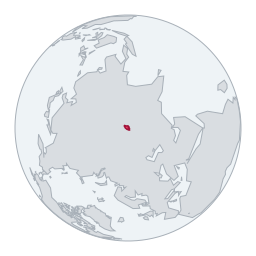 globe centered on Ysyk-Köl, rotated 215°
{"feature_id": "KGZ-1117", "entity_name": "Ysyk-Köl", "entity_type": "Region", "adm_level": 1, "iso_a3": "KGZ", "parent_name": "Kyrgyzstan", "parent_adm1": "", "projection": "orthographic", "projection_center": [77.293, 42.048], "detail": "fine", "context": "on_globe", "style": "filled", "palette": "rose", "viewbox_px": 256, "rotation_deg": 215, "n_neighbors": 0, "source": "natural_earth", "source_scale": "10m", "svg_char_len": 11668}
<svg xmlns="http://www.w3.org/2000/svg" viewBox="0 0 256 256"><g transform="rotate(215 128 128)"><circle cx="128" cy="128" r="113" fill="#eef3f6" stroke="#a8b0b8"/><path d="M157.3,19.2L156.1,19.0L154.1,18.4L153.4,18.4L155.9,19.3L157.8,19.9L159.0,23.0L166.4,28.7L171.6,30.8L168.2,30.3L180.1,34.9L185.9,39.4L177.5,34.2L175.2,33.7L178.3,36.5L176.7,36.6L177.3,38.1L175.0,38.1L170.3,35.3L168.7,35.3L171.0,37.4L170.2,38.8L167.1,35.8L165.4,38.1L157.1,34.5L150.6,27.4L144.2,26.4L132.7,21.9L131.9,22.8L127.1,22.0L124.4,22.7L123.0,21.9L122.1,23.2L123.8,23.8L124.0,24.6L122.6,25.2L120.6,24.2L121.0,23.8L119.7,23.8L119.3,23.1L118.7,23.8L116.4,22.7L116.6,24.7L113.0,24.5L112.1,23.6L114.9,22.5L119.9,18.6L119.9,17.8L116.9,17.5L105.5,19.0L104.3,18.7L100.7,19.2L100.0,19.7L102.7,19.6L100.6,20.9L104.1,20.8L103.8,21.4L106.2,22.1L102.8,23.3L98.2,24.2L96.0,23.9L93.9,24.4L93.6,25.9L87.1,26.8L78.8,30.2L77.4,30.4L79.2,28.2L85.3,24.8L87.6,23.0L83.1,25.6L79.8,26.6L78.0,27.5L76.4,28.4L76.4,28.7L74.7,29.5L78.5,26.9L80.1,26.2L78.9,26.9L81.8,25.4L84.2,24.2L92.0,21.3L99.9,18.9L108.0,17.1L116.2,16.0L124.5,15.4L132.7,15.5L141.0,16.1L149.2,17.4L157.3,19.2ZM158.8,20.2L156.2,19.3L154.5,18.6L156.9,19.3L158.8,20.2ZM161.8,22.1L160.0,21.6L160.9,21.3L161.6,21.7L161.8,22.1ZM175.7,32.5L173.9,31.1L176.2,32.4L175.7,32.5ZM177.7,38.4L178.8,38.8L178.6,39.4L177.7,38.4ZM107.9,21.4L107.1,21.7L107.0,21.4L107.9,21.4ZM109.8,21.4L110.3,20.9L111.3,20.8L110.9,21.1L109.8,21.4ZM175.0,40.0L174.5,41.0L174.2,39.5L175.0,40.0ZM108.8,22.2L112.9,20.8L114.6,20.7L114.6,22.1L108.8,22.2ZM173.6,41.3L172.3,44.1L174.5,45.2L167.4,44.0L170.9,41.8L170.3,39.7L171.9,41.1L173.6,41.3ZM125.0,23.8L123.1,23.2L126.0,23.2L125.0,23.8ZM126.8,23.6L135.6,23.0L137.8,24.4L134.4,24.2L138.2,25.8L135.0,26.7L132.1,26.1L131.4,25.0L130.7,26.2L126.8,23.6ZM163.8,43.0L162.7,43.3L162.9,42.5L163.8,43.0ZM124.3,25.0L125.9,24.7L127.9,25.8L125.1,26.7L125.3,26.0L124.3,25.0ZM140.8,25.8L141.8,26.9L139.5,28.0L139.5,28.6L135.1,26.9L140.8,25.8ZM124.2,26.1L123.6,27.1L121.4,27.2L122.9,25.4L124.2,26.1ZM129.6,25.8L130.4,26.4L129.0,26.3L129.6,25.8ZM113.2,28.1L115.0,27.6L116.2,28.1L113.2,28.1ZM123.6,27.5L124.3,27.5L125.0,27.7L124.2,28.4L123.6,27.5ZM133.7,27.8L132.6,28.1L135.4,28.5L133.8,29.5L131.1,28.2L131.6,29.2L131.1,29.5L129.5,28.1L133.7,27.8ZM125.4,29.8L121.5,28.8L117.8,29.6L116.6,29.2L122.7,27.9L125.4,29.8ZM127.9,28.9L126.1,29.3L125.6,28.4L126.5,27.6L127.9,28.9ZM133.6,30.6L136.8,29.5L137.3,29.8L133.6,30.6ZM124.4,30.2L125.4,30.4L124.2,30.3L124.4,30.2ZM130.9,30.6L132.0,30.1L132.5,30.5L130.9,30.6ZM126.5,31.4L125.2,31.0L125.8,30.4L126.5,31.4ZM128.6,31.2L129.0,31.8L126.8,30.4L129.0,30.9L128.6,31.2ZM131.2,31.1L131.9,31.1L130.7,31.2L131.2,31.1ZM124.9,34.0L121.9,32.4L123.3,31.0L126.0,32.8L124.9,34.0ZM40.3,198.6L39.4,197.5L29.7,181.8L29.3,178.2L27.8,173.1L23.2,157.3L24.1,152.3L23.4,148.2L21.5,145.8L20.9,140.8L20.1,138.8L16.1,127.9L16.2,119.3L19.5,100.5L21.1,97.7L23.8,91.6L37.2,86.3L37.5,91.1L45.1,99.9L45.6,102.1L41.9,106.0L45.3,120.2L49.8,118.3L55.7,128.1L61.5,131.9L68.6,123.7L59.1,117.2L60.3,111.4L70.1,112.5L78.8,118.4L79.5,116.3L76.4,108.9L80.8,106.8L75.6,106.1L75.9,108.9L72.7,108.7L72.2,106.1L73.7,105.4L71.8,102.9L64.8,107.4L64.4,110.8L57.9,107.2L56.5,112.6L53.9,113.3L55.2,104.6L56.9,102.4L57.2,91.1L54.9,93.0L54.4,103.9L53.4,102.1L50.2,105.2L52.0,101.4L53.1,89.4L48.8,85.9L39.2,89.1L37.6,86.7L38.1,81.8L45.8,74.1L48.6,80.5L51.3,78.3L54.4,72.2L55.0,74.8L56.5,73.2L57.9,75.5L63.5,74.7L65.4,76.7L71.0,72.6L72.8,73.2L69.0,75.4L67.4,78.1L72.7,83.5L74.7,83.4L77.9,80.4L78.9,82.4L81.3,78.9L86.1,80.7L82.3,75.7L86.0,72.5L90.7,71.7L91.2,69.9L83.6,71.2L81.1,72.6L80.1,75.2L72.8,78.7L70.3,77.7L75.4,71.0L72.3,69.0L77.6,64.9L95.0,63.2L100.5,64.7L102.5,74.1L99.2,75.5L96.9,72.7L95.9,78.3L97.5,76.4L98.4,78.2L102.1,75.9L102.9,77.1L105.1,73.0L106.5,74.3L105.1,76.8L111.8,74.9L115.6,76.9L116.7,76.0L116.8,74.4L121.6,78.2L122.2,77.3L120.9,75.7L121.3,73.0L123.8,69.8L125.3,71.3L124.6,72.7L125.4,77.9L123.3,81.5L124.1,81.9L126.3,79.1L125.4,72.6L126.5,70.3L127.4,73.2L127.2,72.0L128.2,71.3L130.6,72.1L129.8,68.9L138.9,60.6L144.5,61.7L144.3,64.9L152.3,61.6L158.0,63.6L156.7,62.0L159.7,59.7L158.0,59.0L157.6,58.1L164.5,52.5L167.3,52.6L168.9,49.0L168.3,48.2L166.3,47.9L167.4,44.0L174.5,45.2L175.5,46.8L179.2,46.7L181.2,50.4L184.4,53.6L184.4,58.1L187.0,60.5L188.2,60.3L192.6,63.5L197.7,71.6L188.5,66.2L179.9,55.5L183.0,59.8L180.8,59.3L180.9,61.2L183.3,64.3L184.5,64.4L180.5,72.7L183.1,82.9L186.5,80.5L190.0,82.1L196.0,92.8L194.6,111.6L199.3,115.0L200.4,118.1L198.4,121.4L196.6,116.9L193.3,116.5L192.6,113.6L188.6,117.9L187.5,113.9L185.0,119.4L187.4,121.9L191.3,119.4L189.6,126.2L195.3,129.7L197.4,135.9L192.8,150.0L185.9,156.1L185.8,158.1L182.3,157.0L178.7,162.1L186.1,170.8L186.3,173.8L180.1,181.4L179.7,179.3L170.5,176.3L169.5,183.6L176.6,187.6L179.0,193.4L173.9,192.8L171.4,187.7L168.1,186.4L168.4,180.2L164.6,171.5L159.5,174.3L159.3,170.4L153.3,163.1L145.6,166.5L133.7,177.5L133.0,187.1L128.5,191.1L120.9,177.3L119.5,167.6L115.5,168.2L108.7,159.0L93.5,155.6L92.4,152.6L89.3,153.1L84.7,149.0L83.5,144.0L80.2,143.2L83.7,156.1L87.4,157.1L92.0,153.9L92.1,158.1L96.7,162.8L87.7,170.0L66.8,170.9L66.7,163.3L60.6,137.6L61.9,135.6L61.9,135.3L62.0,134.8L59.5,137.8L59.1,132.7L60.3,149.9L59.7,156.2L66.5,171.2L65.4,171.8L68.2,175.3L79.4,176.8L79.0,179.1L72.6,187.3L58.7,194.0L61.7,203.0L62.6,208.9L56.4,208.6L59.4,213.5L56.6,212.6L58.1,214.8L57.2,215.1L54.9,213.7L53.9,212.8L46.8,206.0L40.3,198.6ZM29.6,92.3L28.5,93.9L29.6,92.3ZM86.0,129.7L92.4,132.6L92.8,125.2L95.4,125.8L94.6,123.2L92.8,124.7L91.4,117.7L95.4,117.0L96.4,114.0L94.2,112.9L87.2,115.5L89.1,125.3L86.2,127.3L86.0,129.7ZM79.6,26.7L79.2,27.0L77.4,28.0L77.9,27.6L79.6,26.7ZM71.8,32.5L69.1,33.6L71.3,32.5L71.4,32.0L76.2,29.1L77.0,30.4L75.8,30.2L71.8,32.5ZM82.9,26.0L79.7,27.4L83.1,25.8L82.9,26.0ZM63.9,63.2L63.2,65.2L60.9,66.3L58.5,64.5L61.7,62.8L63.9,63.2ZM62.7,67.9L68.4,62.0L70.2,63.2L68.3,63.5L68.8,64.8L65.9,65.7L61.9,72.8L59.7,74.3L56.4,69.6L58.7,70.2L59.2,68.1L62.7,67.9ZM79.9,47.4L82.4,45.5L83.0,50.4L80.6,51.6L78.0,49.7L79.3,47.1L79.9,47.4ZM108.1,25.1L109.0,24.5L109.5,24.7L109.2,25.4L108.1,25.1ZM113.9,27.8L104.6,28.1L105.2,27.3L99.0,28.7L98.2,27.3L102.2,26.5L96.9,26.6L100.2,25.3L96.4,25.7L105.5,23.9L108.2,22.9L105.5,24.4L106.2,25.6L107.4,25.9L112.6,25.9L118.8,24.7L120.6,25.9L120.1,27.1L118.9,27.5L118.2,26.6L117.0,27.9L115.0,26.9L113.9,27.8ZM113.9,43.7L113.6,41.8L110.9,45.4L108.9,43.9L108.8,44.5L106.2,44.2L102.8,44.8L102.3,43.9L101.1,44.6L99.4,44.5L97.7,45.1L96.2,43.8L94.0,44.5L94.6,43.5L91.2,45.1L93.0,43.4L91.0,43.3L90.3,45.0L86.4,37.6L83.3,36.3L79.7,36.3L83.4,33.6L89.1,32.0L95.2,31.6L97.6,33.4L98.8,32.0L100.4,32.5L98.7,33.4L102.1,32.4L103.0,33.1L108.4,33.5L112.7,31.8L114.8,32.0L113.5,33.0L116.5,32.6L115.5,34.7L117.0,34.9L117.5,37.4L114.1,39.5L116.0,39.6L116.5,41.7L113.9,43.7ZM124.9,34.8L121.4,37.2L118.5,37.7L118.9,33.2L117.7,32.7L117.9,30.1L122.0,29.5L121.6,30.3L122.1,30.9L120.6,30.8L122.2,31.4L121.7,32.5L122.8,33.3L121.4,33.8L124.9,34.8ZM47.9,101.7L48.6,102.9L50.0,104.3L48.0,106.4L47.9,101.7ZM48.5,93.5L49.4,94.1L47.3,97.4L46.5,96.3L48.5,93.5ZM51.7,91.7L49.6,93.9L50.3,92.0L51.7,91.7ZM70.0,75.8L71.1,76.4L70.5,77.3L69.1,77.9L70.0,75.8ZM105.7,55.1L106.0,53.7L106.8,53.6L109.4,51.0L111.1,52.1L110.2,54.0L105.7,55.1ZM65.9,124.3L63.2,125.0L62.8,123.5L63.8,123.5L65.9,124.3ZM54.4,115.5L56.2,118.8L53.8,116.1L54.4,115.5ZM108.0,55.8L108.9,54.6L109.2,55.9L108.0,55.8ZM112.5,52.7L113.1,54.0L111.6,51.9L112.5,52.7ZM79.0,214.9L76.6,222.4L72.0,220.5L69.6,217.4L69.3,212.2L74.2,212.6L76.1,210.5L79.0,214.9ZM201.9,197.5L204.3,196.4L204.2,196.8L201.9,197.5ZM199.3,197.6L202.3,196.2L198.7,198.7L199.3,197.6ZM203.4,195.7L206.4,193.3L207.7,192.0L207.4,192.9L203.4,195.7ZM197.2,198.7L185.5,203.4L180.6,204.1L181.9,202.4L189.7,200.0L197.2,198.7ZM181.5,202.5L174.0,200.9L162.6,191.4L166.7,190.9L178.3,195.3L177.6,196.8L182.2,198.5L181.5,202.5ZM199.3,188.6L198.5,192.5L192.1,194.9L189.2,195.5L187.1,191.6L188.3,188.7L190.8,187.9L199.6,175.4L202.9,176.0L200.3,181.0L202.9,183.0L199.3,188.6ZM133.5,188.0L136.5,193.3L134.0,194.2L133.5,188.0ZM202.7,167.4L199.5,173.1L202.2,166.3L202.7,167.4ZM204.0,161.5L204.4,163.4L202.8,162.2L204.0,161.5ZM186.2,161.1L183.6,162.5L183.3,161.1L186.4,158.4L186.2,161.1ZM199.0,141.2L200.0,145.7L199.8,147.5L198.2,145.3L199.0,141.2ZM123.8,64.5L118.2,66.8L115.3,69.5L115.4,72.5L112.8,69.4L117.3,65.2L123.8,64.5ZM136.9,60.8L136.7,58.5L138.4,59.0L138.6,59.6L136.9,60.8ZM135.7,59.7L132.5,57.8L133.5,56.2L135.8,58.0L135.7,59.7ZM120.1,56.4L118.3,57.0L118.1,55.9L120.1,56.4ZM206.7,208.6L205.7,209.5L188.2,222.8L185.0,224.4L187.3,222.5L187.5,219.6L188.7,219.1L189.8,216.1L201.1,207.6L209.6,197.1L214.1,194.1L218.6,186.5L222.7,183.0L220.5,188.0L223.5,186.2L228.5,174.6L227.5,180.6L227.7,180.4L223.3,188.0L218.3,195.3L212.8,202.2L206.7,208.6ZM208.0,194.3L211.6,189.6L213.4,188.1L208.0,194.3ZM238.5,150.1L238.3,150.6L238.4,150.3L238.5,150.0L238.5,150.1ZM238.1,151.4L237.9,151.9L237.9,151.6L238.1,151.4ZM232.9,163.8L234.1,164.6L232.6,167.4L231.1,167.8L229.0,172.6L224.8,177.2L226.1,174.5L225.7,172.7L220.8,176.4L219.8,175.7L221.8,172.9L218.2,174.5L222.1,170.6L223.5,172.6L225.7,168.0L228.9,165.2L231.7,162.7L233.5,162.1L232.9,163.8ZM221.7,178.0L222.4,177.4L221.7,178.9L221.7,178.0ZM237.4,152.1L237.7,152.2L237.6,152.8L237.4,153.3L237.4,152.1ZM234.0,160.8L236.1,154.5L236.5,153.7L235.0,159.2L234.0,160.8ZM235.8,153.6L236.6,152.3L236.9,153.0L236.7,153.7L235.8,153.6ZM213.8,181.3L213.6,182.3L212.5,182.4L213.8,181.3ZM215.2,179.7L218.4,178.4L214.9,180.7L215.2,179.7ZM204.7,182.9L205.7,184.6L209.1,181.3L206.5,184.8L208.6,187.2L207.7,189.0L205.7,186.3L204.7,190.9L203.1,191.6L202.5,188.5L204.1,183.4L205.6,180.7L211.6,176.4L204.7,182.9ZM215.3,177.0L214.4,174.9L215.0,172.6L216.0,173.4L215.3,177.0ZM211.4,170.0L208.7,168.2L206.5,170.8L210.7,163.5L212.7,166.4L211.4,170.0ZM208.6,164.0L206.6,166.4L208.5,162.4L208.6,164.0ZM205.9,165.6L205.4,163.3L207.1,162.7L205.9,165.6ZM209.8,163.4L209.6,159.2L210.8,161.0L209.8,163.4ZM203.8,158.4L208.1,160.3L203.1,161.2L201.4,153.4L203.5,152.1L203.8,158.4ZM206.3,118.6L205.0,116.4L206.5,114.7L207.0,116.7L206.3,118.6ZM210.0,107.9L206.4,113.6L203.4,118.4L205.0,118.8L205.5,123.4L202.3,120.8L203.5,114.5L206.1,111.6L205.1,107.8L206.2,104.0L204.0,100.0L204.0,97.5L206.9,100.2L210.0,107.9ZM202.9,98.4L199.3,90.9L202.7,89.7L204.2,91.0L204.4,94.9L202.6,95.3L202.9,98.4ZM199.4,88.8L197.7,89.2L188.7,80.4L187.7,78.3L196.2,84.0L195.0,84.7L196.6,87.2L199.4,88.8ZM163.8,44.0L162.8,43.4L164.1,43.5L163.8,44.0ZM156.6,57.8L156.3,56.6L157.8,56.7L156.6,57.8ZM156.3,53.4L154.9,54.1L155.8,52.7L156.3,53.4ZM151.7,56.0L154.0,54.1L152.7,56.8L151.7,56.0Z" fill="#d9dde1" stroke="#a8b0b8" stroke-width="1"/><path d="M132.2,127.6L132.3,127.7L132.3,127.8L132.3,128.0L132.2,128.0L131.9,128.0L131.7,128.0L131.6,128.3L131.4,128.3L131.2,128.4L131.1,128.5L130.9,128.5L130.7,128.6L130.5,128.8L130.4,128.8L130.2,128.9L130.0,129.0L129.9,129.1L129.7,129.3L129.6,129.5L129.4,129.7L129.2,129.6L128.9,129.7L128.7,129.6L128.5,129.4L128.4,129.4L128.4,129.5L128.1,129.5L128.1,129.4L128.0,129.2L128.1,128.9L127.9,128.9L127.6,128.9L127.4,128.9L127.2,128.9L127.1,128.7L126.8,128.5L126.8,128.4L127.0,128.4L127.1,128.2L126.9,128.2L126.7,128.1L126.4,128.1L126.2,128.1L126.2,127.9L126.1,127.7L126.1,127.4L125.9,127.4L125.7,127.3L125.6,127.2L125.8,127.0L125.9,126.9L126.0,126.9L126.3,126.9L126.5,126.8L126.5,126.7L126.8,126.6L127.0,126.6L127.3,126.6L127.7,126.5L127.8,126.5L127.8,126.4L128.1,126.3L128.3,126.3L128.5,126.3L128.8,126.4L129.0,126.4L129.3,126.4L129.5,126.4L129.9,126.4L130.0,126.5L130.3,126.6L130.5,126.6L130.8,126.8L131.0,126.9L131.1,127.1L131.3,127.2L131.5,127.1L131.8,127.2L131.9,127.3L132.0,127.4L132.1,127.5L132.2,127.6Z" fill="#f43f5e" stroke="#9f1239" stroke-width="1.5"/></g></svg>